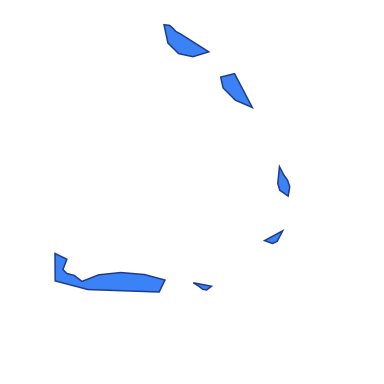 outline of Addu, rotated 296°
{"feature_id": "MDV-5243", "entity_name": "Addu", "entity_type": "City", "adm_level": 1, "iso_a3": "MDV", "parent_name": "Maldives", "parent_adm1": "", "projection": "orthographic", "projection_center": [73.171, -0.633], "detail": "fine", "context": "isolated", "style": "filled", "palette": "blue", "viewbox_px": 384, "rotation_deg": 296, "n_neighbors": 0, "source": "natural_earth", "source_scale": "10m", "svg_char_len": 748}
<svg xmlns="http://www.w3.org/2000/svg" viewBox="0 0 384 384"><g transform="rotate(296 192 192)"><path d="M63.4,132.3L76.7,144.5L88.4,163.3L97.0,185.5L101.0,206.3L87.7,206.3L58.7,141.2L52.1,108.0L76.7,95.8L76.7,109.0L65.7,110.0L63.9,115.1L65.4,122.8L63.4,132.3ZM329.0,112.6L325.3,145.6L314.0,133.5L310.5,119.3L315.3,105.1L330.1,93.5L331.9,98.7L330.9,102.9L329.2,107.1L329.0,112.6ZM317.0,178.4L294.4,209.1L293.5,190.8L299.2,174.3L307.9,167.4L317.0,178.4ZM253.1,259.5L247.9,266.5L244.4,272.8L239.5,277.6L230.5,280.2L232.0,270.2L237.2,265.4L253.1,259.5ZM180.1,278.5L196.9,290.5L185.0,290.2L181.0,287.0L180.1,278.5ZM111.0,232.9L115.8,250.8L110.3,248.1L109.3,244.2L110.3,239.2L111.0,232.9Z" fill="#3b82f6" stroke="#1e3a8a" stroke-width="1.5"/></g></svg>